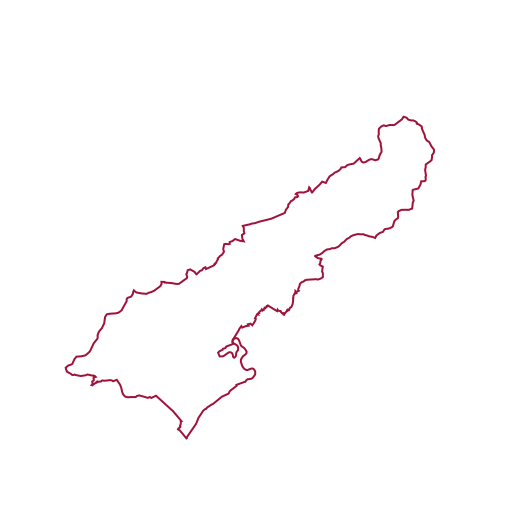 Comana, Brasov, Romania (orthographic projection), rotated 298°
{"feature_id": "2599482B70960517450841", "entity_name": "Comana", "entity_type": "district", "adm_level": 2, "iso_a3": "ROU", "parent_name": "Romania", "parent_adm1": "Brasov", "projection": "orthographic", "projection_center": [25.274, 45.907], "detail": "fine", "context": "isolated", "style": "outline", "palette": "rose", "viewbox_px": 512, "rotation_deg": 298, "n_neighbors": 0, "source": "geoboundaries", "source_scale": "gbopen_adm2", "svg_char_len": 6085}
<svg xmlns="http://www.w3.org/2000/svg" viewBox="0 0 512 512"><g transform="rotate(298 256 256)"><path d="M139.9,305.6L141.5,305.7L143.2,306.4L145.2,309.3L146.8,310.3L151.0,310.9L153.7,309.5L154.9,307.6L155.1,306.5L155.0,305.6L154.2,304.5L151.1,301.8L150.7,299.9L151.0,298.2L152.3,295.6L155.7,292.1L157.6,291.3L161.2,291.5L164.2,292.9L165.5,293.2L166.9,292.8L167.8,291.7L169.1,289.2L169.6,285.6L170.1,284.4L173.1,281.2L174.4,279.2L174.4,277.5L173.2,275.9L171.8,275.2L169.9,275.3L169.1,275.9L168.4,276.9L168.3,280.5L168.0,281.6L167.7,282.3L166.3,283.5L164.5,284.3L161.7,283.9L158.0,285.2L156.1,284.6L155.9,284.0L156.3,283.1L158.4,281.4L159.1,280.1L159.1,278.9L158.7,277.9L157.8,277.0L152.7,274.5L151.6,273.5L150.3,271.1L152.9,267.9L154.8,268.5L157.5,270.5L158.6,270.4L160.3,272.2L162.1,272.2L167.6,277.1L169.0,275.3L171.4,274.7L172.7,275.0L182.0,275.6L184.0,275.5L187.2,276.0L186.3,277.4L189.2,279.8L191.0,282.2L191.9,280.9L193.7,282.9L193.1,285.3L198.4,285.7L200.3,285.4L200.5,284.4L204.5,284.3L205.2,284.4L205.3,285.0L205.6,284.5L206.5,284.9L207.0,285.6L207.5,285.1L210.0,285.8L210.7,286.5L211.0,286.4L210.8,286.8L211.1,287.0L211.0,287.3L211.9,287.3L212.0,288.1L213.6,287.9L213.9,288.6L215.0,288.9L215.1,288.6L215.6,289.2L216.7,289.0L216.8,289.5L217.9,289.7L217.2,300.5L218.7,300.3L218.3,301.0L218.3,302.1L219.0,303.6L218.3,304.3L217.7,305.8L218.2,306.6L217.2,307.5L217.2,308.1L217.8,307.9L217.9,308.4L218.2,308.4L218.3,307.9L218.7,307.8L219.6,308.6L221.5,308.9L222.0,309.4L222.8,309.4L222.8,308.9L223.1,308.8L223.5,308.9L223.8,309.6L223.5,310.0L223.9,310.1L223.9,310.5L226.3,310.3L227.4,311.2L230.9,310.9L235.7,309.0L236.2,308.4L236.9,308.5L238.2,307.8L240.8,307.7L241.6,308.6L241.7,307.5L242.0,308.2L242.8,308.5L242.4,307.7L243.6,307.2L243.3,308.2L243.4,308.8L245.4,310.1L245.6,309.3L246.7,308.8L250.3,308.4L252.0,307.8L254.5,308.7L255.9,310.1L257.3,310.4L257.8,311.2L258.6,311.6L263.6,319.7L264.4,321.9L266.9,324.1L268.9,324.9L272.2,323.1L273.4,321.6L278.0,319.9L277.9,317.2L278.3,316.0L279.9,316.1L281.5,315.3L284.1,315.4L284.2,314.6L283.3,312.4L283.2,311.3L283.5,308.4L283.9,308.2L284.5,308.8L284.7,309.6L285.5,309.7L287.0,311.5L289.9,313.2L292.5,314.0L295.2,315.7L296.7,317.9L298.6,319.5L299.7,321.7L302.4,324.0L303.8,324.7L307.4,325.7L310.2,327.3L313.2,328.0L316.2,329.9L317.9,330.5L320.2,332.3L323.2,335.6L324.4,338.5L325.7,340.7L325.6,342.4L326.1,343.6L326.5,346.6L327.7,350.5L327.9,352.8L330.6,352.7L334.4,354.4L336.8,356.7L339.9,357.0L341.0,358.1L342.3,360.1L345.1,362.4L346.4,362.9L351.6,361.8L353.7,362.3L356.0,363.5L357.4,363.1L361.4,360.6L362.6,360.9L365.0,362.7L368.6,369.3L371.2,371.6L377.0,369.3L378.8,369.3L383.3,365.4L387.7,363.4L388.2,363.6L391.8,367.6L396.2,367.7L399.5,366.8L401.2,369.7L402.3,370.2L403.8,369.7L405.4,368.5L406.4,368.5L407.1,368.1L411.4,364.9L413.9,364.2L416.5,362.9L421.6,365.5L423.2,366.0L426.3,364.9L427.6,364.1L430.6,364.5L433.0,363.6L433.6,363.0L435.1,359.6L438.1,355.2L438.0,353.7L438.4,352.1L439.6,350.1L442.1,348.0L446.4,342.6L447.8,341.9L448.2,341.3L448.6,337.9L448.3,335.8L449.4,335.3L449.7,333.4L449.5,331.1L448.5,329.3L447.9,326.3L448.8,324.1L448.2,320.9L445.2,320.7L437.0,316.9L436.2,316.1L434.4,312.5L431.9,309.9L431.6,309.3L431.4,307.5L429.4,305.9L426.2,304.8L423.6,305.8L421.2,307.3L419.1,307.6L417.7,308.7L414.2,313.2L412.2,314.2L410.7,315.6L407.4,317.7L406.2,318.0L404.7,317.7L403.8,318.1L402.9,317.8L400.2,318.5L398.6,318.5L396.5,316.3L396.0,313.1L395.2,311.8L394.1,310.7L390.4,308.6L388.9,306.9L388.9,305.0L390.7,302.6L391.2,301.6L383.4,298.9L381.4,296.3L379.2,294.0L376.2,292.9L374.3,289.8L372.7,289.8L370.5,289.2L368.3,287.8L366.7,286.4L364.3,285.5L360.9,283.6L356.9,283.3L353.3,283.4L352.7,279.5L348.6,278.6L342.9,276.5L338.6,275.9L338.3,275.4L339.2,274.4L340.3,272.6L341.3,271.6L341.6,270.7L338.0,271.6L334.4,268.3L332.9,265.0L331.1,262.8L330.5,262.4L329.4,262.0L329.3,264.0L328.6,265.0L327.4,264.8L326.1,262.9L324.4,262.9L321.9,262.0L321.2,261.2L318.0,260.8L316.8,260.3L314.3,261.3L310.8,260.7L307.6,261.2L296.0,251.9L287.6,242.5L284.3,239.5L283.0,237.5L281.2,235.8L276.4,230.2L275.0,232.1L272.2,233.6L270.5,235.1L268.1,233.7L267.7,233.8L264.7,236.0L263.2,238.3L261.9,234.6L261.2,229.6L258.0,228.1L256.0,226.2L254.3,227.1L253.4,226.0L252.6,223.8L251.5,222.4L247.0,223.7L245.7,224.7L245.1,225.5L244.1,225.7L241.1,225.4L239.3,224.3L235.7,223.4L235.0,224.0L232.6,223.7L231.4,224.1L230.4,223.4L229.6,223.7L229.2,223.1L228.1,223.3L221.0,218.0L222.3,216.6L220.6,215.3L218.0,214.9L216.6,213.6L211.9,212.1L212.0,211.4L213.1,209.3L213.3,204.4L213.0,203.9L211.4,202.4L208.1,203.1L207.2,203.0L205.3,205.1L203.9,205.3L195.4,201.1L194.5,199.9L193.8,198.4L192.5,194.3L189.7,187.9L190.2,187.5L188.8,184.6L187.0,185.7L184.5,185.7L177.4,182.3L174.7,180.2L173.0,178.3L172.1,177.9L171.1,176.9L169.2,172.5L167.6,167.3L168.3,164.3L166.8,164.4L164.8,165.0L161.6,164.9L158.7,162.2L157.1,162.1L155.4,163.0L144.8,162.8L141.4,161.2L139.6,159.2L136.3,153.9L134.6,151.7L132.7,151.4L130.9,151.5L125.2,153.6L119.9,153.8L116.0,152.9L114.5,152.9L111.7,153.3L109.5,154.6L108.4,154.8L102.9,153.7L94.4,154.1L92.7,153.8L89.0,152.4L87.8,151.6L85.4,148.8L82.8,144.7L79.3,144.1L74.6,144.5L73.0,143.5L71.3,141.7L68.0,140.4L66.3,141.9L65.9,142.7L65.1,143.2L65.1,146.8L64.7,149.5L65.2,150.7L66.2,151.5L66.2,152.5L67.7,157.5L70.7,161.6L72.3,162.9L73.6,167.9L74.2,168.5L74.3,170.3L74.0,171.2L72.8,169.9L71.8,169.9L70.6,171.0L69.5,170.9L68.3,170.3L67.4,171.1L65.6,171.8L64.9,171.5L65.0,172.3L66.4,172.6L67.0,173.2L70.2,174.5L69.6,174.9L71.1,176.0L72.4,178.0L73.9,178.6L74.8,180.9L78.0,185.6L78.5,187.6L78.3,188.6L81.3,191.2L78.6,196.3L76.6,198.7L73.3,201.5L71.6,203.4L70.5,206.1L70.6,207.7L71.4,209.8L72.5,211.3L75.0,216.0L76.4,216.5L78.1,218.3L80.0,227.2L81.7,228.5L81.5,230.2L85.7,233.3L80.0,255.7L75.3,267.5L75.0,267.0L72.5,268.4L70.2,268.7L69.9,269.3L69.3,269.5L67.2,268.4L66.3,268.5L66.3,270.5L62.3,280.2L62.7,280.4L64.3,280.1L79.7,281.9L85.9,281.2L94.7,282.0L97.2,283.1L97.5,283.7L99.3,284.0L104.1,286.6L105.0,287.4L115.7,291.9L121.7,296.4L124.5,296.3L132.3,299.8L133.0,299.2L139.8,305.3L139.9,305.6Z" fill="none" stroke="#9f1239" stroke-width="2"/></g></svg>